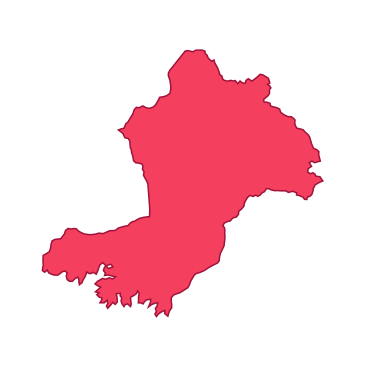 outline of Patrocínio Paulista, São Paulo, Brazil, rotated 199°
{"feature_id": "56859067B95718111094950", "entity_name": "Patrocínio Paulista", "entity_type": "district", "adm_level": 2, "iso_a3": "BRA", "parent_name": "Brazil", "parent_adm1": "São Paulo", "projection": "mercator", "projection_center": [-47.28, -20.694], "detail": "fine", "context": "isolated", "style": "filled", "palette": "rose", "viewbox_px": 384, "rotation_deg": 199, "n_neighbors": 0, "source": "geoboundaries", "source_scale": "gbopen_adm2", "svg_char_len": 4536}
<svg xmlns="http://www.w3.org/2000/svg" viewBox="0 0 384 384"><g transform="rotate(199 192 192)"><path d="M312.1,83.5L310.3,77.9L308.8,74.4L308.6,72.0L307.8,68.9L305.1,68.2L303.5,71.1L301.2,68.9L298.0,68.5L295.1,68.6L291.8,69.7L290.1,72.0L288.5,74.6L286.3,75.9L283.8,75.0L283.5,71.5L281.5,68.5L278.7,67.7L276.1,68.6L274.4,72.0L272.2,74.4L270.4,72.3L269.7,70.1L268.3,67.7L266.4,70.5L266.4,73.3L265.6,76.7L265.4,79.4L265.5,82.2L263.3,81.4L261.1,81.9L259.3,83.9L255.8,83.1L255.4,87.3L255.5,91.0L255.2,93.3L253.4,96.2L249.4,94.2L250.3,91.8L250.2,88.9L247.5,87.2L247.5,84.6L244.4,86.2L239.4,86.6L236.7,87.0L238.7,84.0L242.4,83.9L245.1,81.5L248.6,81.1L250.2,79.1L252.0,77.2L253.8,73.5L250.8,72.7L247.3,72.3L249.2,69.0L250.8,66.2L247.0,66.3L248.6,63.9L245.6,62.4L242.6,62.4L242.3,60.0L243.0,57.3L239.0,58.6L236.9,62.1L235.4,59.0L235.8,56.3L233.8,54.6L232.1,58.6L230.9,61.9L228.0,60.7L226.8,63.7L228.6,68.0L230.4,71.3L226.7,72.9L226.1,70.4L224.1,69.3L223.5,65.7L221.5,63.2L219.0,61.5L218.5,63.7L216.7,65.2L212.8,63.7L213.0,66.4L214.6,69.4L215.8,72.7L213.3,75.1L211.4,77.9L211.2,80.7L208.9,79.0L208.4,75.3L207.4,72.6L206.7,69.7L204.1,70.5L201.7,70.3L201.3,72.7L200.0,75.1L196.2,77.2L195.4,74.4L195.7,69.2L193.6,72.4L190.5,75.0L188.3,76.0L187.9,72.5L188.8,70.1L186.8,67.5L187.3,64.5L185.1,62.7L184.1,65.6L182.1,68.4L179.2,71.2L178.2,68.2L174.4,66.7L174.6,69.3L174.5,72.5L173.5,75.8L174.5,78.8L176.1,82.2L177.2,85.2L175.8,88.7L173.2,90.9L171.1,92.4L168.9,94.9L167.0,97.4L164.8,100.1L164.2,103.7L164.2,106.9L163.4,111.5L162.7,114.3L161.5,116.2L158.0,118.8L154.7,121.8L153.2,123.9L151.7,125.8L148.5,129.4L144.8,133.1L143.9,135.8L144.8,139.5L145.2,143.4L144.8,146.0L144.5,148.7L144.2,151.6L144.8,154.3L145.4,157.4L146.3,160.5L147.8,164.0L148.5,166.6L149.6,168.7L151.9,170.4L151.3,173.2L149.0,175.5L146.3,177.2L145.1,180.6L141.9,182.8L140.8,185.9L141.5,189.0L139.6,192.1L138.3,195.5L138.8,198.3L138.5,201.3L137.7,205.0L136.0,207.7L132.6,207.7L130.7,209.9L128.3,209.3L126.6,211.3L125.4,214.2L123.7,215.7L122.7,219.4L120.3,220.1L117.8,219.8L114.6,220.1L111.5,221.2L107.9,222.2L103.8,223.6L100.7,223.0L97.1,225.4L92.9,225.4L92.2,223.2L89.4,223.6L85.2,223.2L83.3,221.7L81.0,222.3L81.3,224.6L78.8,226.7L77.9,228.9L77.9,232.1L78.4,235.0L77.8,239.0L74.7,242.5L71.9,245.1L74.3,246.7L76.0,248.1L80.0,247.3L81.5,248.9L83.9,249.6L85.8,247.9L89.2,248.5L89.7,251.9L87.3,255.2L90.6,257.8L88.7,260.3L85.7,259.6L83.4,261.2L80.7,263.0L82.8,266.1L84.5,268.8L85.1,271.4L87.8,272.7L91.2,272.8L94.4,276.2L96.9,279.8L98.8,282.4L101.0,284.1L104.4,285.4L107.1,287.0L109.9,286.9L113.7,286.5L116.1,288.6L117.4,291.0L118.0,293.6L120.0,294.7L122.6,295.5L126.0,294.5L129.7,294.9L134.1,296.2L136.2,299.0L139.7,299.3L142.6,299.0L145.7,298.9L147.1,301.3L150.6,301.3L153.1,300.5L154.5,302.6L152.9,305.4L151.4,307.9L150.8,310.6L152.1,313.9L151.3,316.1L153.2,317.7L155.6,318.3L153.9,320.4L156.8,324.4L159.9,325.1L163.1,325.8L166.0,325.4L167.7,322.0L169.4,319.4L171.4,316.4L175.6,317.4L177.2,315.3L177.2,311.9L180.2,311.6L182.7,312.6L184.0,309.3L187.4,311.5L189.2,310.3L191.6,310.2L194.7,308.3L198.0,308.1L200.2,309.2L201.4,311.4L204.0,312.0L205.1,314.0L206.7,315.8L208.1,317.5L210.2,319.5L212.7,321.7L214.2,324.0L216.0,322.0L218.2,322.9L220.6,324.1L222.1,326.2L224.5,327.2L225.6,329.4L229.0,329.4L232.1,328.2L234.9,327.2L236.3,325.1L239.0,324.6L241.8,324.4L244.3,323.1L252.6,299.8L253.0,296.8L252.2,294.2L249.2,290.4L246.4,284.9L245.6,282.5L245.0,278.1L247.2,274.9L249.9,272.9L253.4,271.0L253.9,267.0L255.0,262.0L256.6,259.5L259.3,257.4L262.3,256.7L266.6,257.4L269.4,254.5L272.2,253.9L273.4,251.0L273.4,246.7L274.3,242.4L275.4,237.2L276.7,235.1L277.1,230.0L279.2,228.9L281.8,226.7L278.7,225.7L276.2,224.7L273.2,221.5L269.5,221.8L267.3,219.7L265.9,216.5L264.8,213.9L263.0,211.9L262.0,209.6L260.5,207.8L259.0,205.4L257.4,202.5L254.6,201.3L251.6,202.0L248.3,202.1L246.7,200.3L246.3,197.4L243.9,195.4L243.3,192.0L240.8,189.7L238.5,187.7L236.2,185.1L235.2,182.6L226.7,162.9L225.5,159.4L224.2,154.8L226.8,153.7L229.8,152.1L233.0,150.0L235.2,147.7L236.7,145.7L238.7,144.6L240.4,142.4L241.6,139.3L244.2,137.9L246.5,136.4L250.0,133.9L251.9,130.8L254.5,129.6L257.1,128.7L259.7,126.3L262.4,123.8L266.9,122.7L269.2,120.9L274.5,118.4L279.8,117.3L282.4,117.4L284.6,117.7L287.1,118.3L289.3,119.5L291.6,119.1L294.3,117.6L297.3,117.2L299.1,114.5L298.9,111.2L299.9,108.1L300.9,105.1L306.1,102.6L308.3,100.3L308.3,97.2L307.6,94.0L307.4,91.6L307.5,89.0L309.7,86.2L312.1,83.5ZM249.4,94.2L247.0,96.0L245.0,97.2L242.4,95.4L246.1,92.5L249.4,94.2Z" fill="#f43f5e" stroke="#9f1239" stroke-width="1.5"/></g></svg>